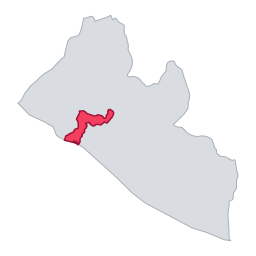 Margibi on a map of Liberia (orthographic projection)
{"feature_id": "LBR-789", "entity_name": "Margibi", "entity_type": "County", "adm_level": 1, "iso_a3": "LBR", "parent_name": "Liberia", "parent_adm1": "", "projection": "orthographic", "projection_center": [-10.158, 6.461], "detail": "fine", "context": "in_parent", "style": "filled", "palette": "rose", "viewbox_px": 256, "rotation_deg": 0, "n_neighbors": 0, "source": "natural_earth", "source_scale": "10m", "svg_char_len": 4326}
<svg xmlns="http://www.w3.org/2000/svg" viewBox="0 0 256 256"><path d="M17.9,103.2L20.8,100.8L25.0,93.1L30.8,85.6L36.2,81.2L40.6,76.7L45.1,73.2L51.7,69.2L61.7,58.5L64.0,57.3L65.6,49.9L68.1,40.5L71.0,37.6L77.8,35.8L79.4,34.2L81.8,27.6L83.3,19.9L83.5,18.2L86.1,18.0L90.7,16.3L93.4,17.1L94.5,19.3L95.1,21.2L109.0,16.4L110.2,15.4L110.9,15.5L112.7,19.9L113.7,19.6L114.5,18.3L115.4,18.2L116.5,18.8L117.6,20.8L119.4,22.6L122.4,23.9L124.3,25.7L124.1,30.3L124.8,34.8L126.1,35.9L126.8,38.5L127.2,41.5L127.9,43.1L128.4,46.0L128.1,49.2L128.7,51.5L130.9,55.4L132.3,60.3L132.3,63.7L131.5,67.4L130.0,70.7L127.5,74.4L127.3,75.8L128.8,76.7L131.1,76.9L133.1,76.2L138.0,77.8L140.6,80.2L142.8,83.2L144.9,84.7L145.8,86.5L149.3,86.0L153.3,84.2L154.1,83.4L155.4,83.8L158.0,84.0L159.8,80.7L161.2,77.0L164.4,73.0L165.9,71.4L166.3,68.8L166.5,65.5L167.6,62.6L170.2,61.0L173.0,61.0L174.5,61.6L175.3,64.4L177.5,66.5L179.5,68.0L180.5,68.6L182.1,70.2L183.6,75.9L189.7,94.1L189.4,99.1L188.2,102.4L188.2,105.6L187.8,108.8L184.2,114.0L173.4,124.6L174.2,125.6L176.8,126.8L179.5,127.4L181.6,127.1L184.3,129.7L187.3,133.0L190.4,134.8L194.8,136.3L198.7,136.4L202.1,135.8L206.7,136.5L211.7,139.2L213.5,143.8L214.7,147.7L216.5,149.8L216.7,153.2L220.3,156.2L225.3,156.8L231.9,160.3L233.6,160.1L234.3,159.7L235.1,160.3L236.8,170.5L238.1,176.0L237.4,178.2L236.5,179.9L236.5,188.2L233.6,192.9L233.1,198.1L232.3,199.8L229.1,201.3L229.1,205.3L228.3,210.2L228.0,215.3L228.9,228.7L229.1,238.8L230.6,240.6L224.4,239.8L206.2,232.3L192.2,228.0L145.2,203.0L132.2,193.0L117.2,178.1L83.8,148.0L76.2,143.1L66.6,140.8L60.7,138.2L56.5,135.4L53.1,127.0L44.8,122.1L29.5,115.0L17.9,103.2Z" fill="#d9dde1" stroke="#a8b0b8" stroke-width="1"/><path d="M78.9,144.0L78.2,143.2L77.4,142.6L75.7,141.5L74.8,141.2L73.7,141.1L73.7,141.5L76.5,142.9L77.7,143.9L78.1,145.2L77.3,144.2L75.8,143.3L74.1,142.6L64.5,140.2L65.6,136.5L65.7,136.3L65.9,136.0L66.3,135.7L66.6,135.5L66.8,135.4L67.5,135.2L67.9,135.0L69.6,133.7L70.1,133.5L72.5,132.5L73.0,132.3L73.2,132.1L73.5,131.7L74.4,130.0L74.7,129.6L75.0,129.3L75.1,129.2L77.0,128.6L77.3,128.5L77.5,128.3L77.9,128.0L78.1,127.8L78.2,127.2L78.3,126.4L78.2,123.3L78.0,122.0L77.9,121.6L77.7,121.2L77.5,120.7L76.9,119.9L76.8,119.7L76.6,119.3L76.6,118.9L76.7,118.6L76.9,118.1L79.6,112.9L79.7,112.4L79.5,111.1L81.3,111.0L82.4,110.9L83.3,110.8L83.6,110.9L84.0,111.1L84.7,111.5L85.1,111.7L85.4,111.9L86.3,112.9L86.7,113.2L87.2,113.5L87.7,113.8L94.3,116.0L94.7,116.0L95.1,116.0L95.8,115.8L97.1,115.1L97.7,114.9L97.9,114.8L98.4,114.9L100.6,115.4L101.8,115.8L102.0,115.9L102.4,116.2L102.6,116.4L103.5,117.6L103.9,118.1L104.1,118.2L104.3,118.3L104.6,118.3L104.9,118.3L105.5,118.0L105.9,117.8L106.0,117.6L106.1,117.4L106.3,116.7L106.3,115.9L106.4,115.5L106.6,115.1L106.8,114.7L107.7,113.8L107.9,113.5L107.9,113.3L107.9,113.1L107.8,111.9L107.8,111.4L107.8,111.1L107.9,110.9L108.0,110.6L108.1,110.4L108.4,110.1L108.7,109.7L108.9,109.5L109.1,109.4L109.4,109.4L109.6,109.4L110.1,109.6L110.5,109.7L110.9,109.9L111.8,110.5L112.6,111.0L112.9,111.4L113.1,111.7L113.2,111.9L113.4,112.2L113.5,112.6L113.6,113.1L113.6,113.5L113.6,113.8L113.3,114.6L112.2,117.0L108.2,121.8L107.1,122.9L106.9,123.0L106.7,123.0L106.3,122.9L106.1,122.9L105.0,122.3L104.8,122.2L104.5,122.2L104.0,122.3L103.7,122.4L103.5,122.6L103.0,123.2L101.6,124.4L101.1,124.8L100.7,124.9L100.3,124.9L99.8,124.8L98.4,124.4L97.6,124.4L96.9,124.5L96.1,124.4L95.9,124.4L95.4,124.9L95.2,125.1L95.0,125.4L94.6,125.7L94.1,125.8L93.4,126.0L92.9,125.9L92.6,125.9L92.4,125.7L92.1,125.3L92.0,125.2L91.8,125.1L90.9,124.8L90.8,124.7L90.7,124.6L90.6,124.4L90.4,124.2L90.0,123.9L89.9,123.8L89.8,123.5L89.7,123.3L89.8,123.1L89.9,122.8L89.8,122.7L89.6,122.6L89.1,122.4L88.2,122.7L86.3,123.1L85.8,123.4L85.6,123.5L85.7,123.9L85.9,124.1L86.1,124.1L86.2,124.3L86.3,124.8L86.4,125.0L86.9,125.2L87.0,125.4L87.0,125.7L86.8,126.2L86.7,126.7L86.4,127.2L86.2,127.8L84.5,129.6L84.4,129.8L84.4,130.1L84.4,130.4L84.7,131.2L84.7,131.5L84.5,132.0L84.2,132.5L83.2,133.4L82.6,133.7L82.1,133.9L81.9,134.0L81.9,134.3L82.0,134.5L81.9,134.7L82.0,134.9L82.1,135.2L82.3,135.3L82.4,135.6L82.3,135.9L82.2,136.2L81.9,136.4L81.6,136.5L81.4,136.7L81.1,137.2L80.3,138.2L80.2,138.5L79.9,140.3L79.9,140.6L80.1,141.2L80.2,141.4L80.1,141.7L79.7,142.2L79.6,142.6L79.5,142.9L79.0,143.9L78.9,144.0L78.9,144.0Z" fill="#f43f5e" stroke="#9f1239" stroke-width="1.5"/></svg>